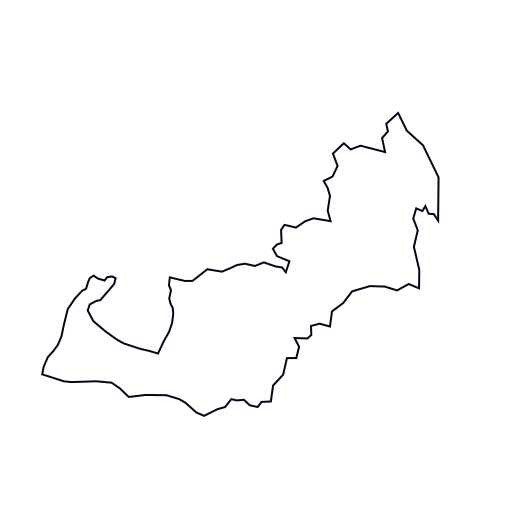 Kegeyli, Karakalpakstan, Uzbekistan (Robinson projection), rotated 289°
{"feature_id": "79887680B60420038747049", "entity_name": "Kegeyli", "entity_type": "district", "adm_level": 2, "iso_a3": "UZB", "parent_name": "Uzbekistan", "parent_adm1": "Karakalpakstan", "projection": "robinson", "projection_center": [59.462, 42.861], "detail": "fine", "context": "isolated", "style": "outline", "palette": "ink", "viewbox_px": 512, "rotation_deg": 289, "n_neighbors": 0, "source": "geoboundaries", "source_scale": "gbopen_adm2", "svg_char_len": 1761}
<svg xmlns="http://www.w3.org/2000/svg" viewBox="0 0 512 512"><g transform="rotate(289 256 256)"><path d="M377.9,295.4L367.7,303.8L356.1,302.5L349.0,295.6L343.6,301.6L336.9,306.4L322.3,309.0L313.2,315.2L310.4,298.2L305.0,291.3L295.9,284.5L294.7,272.8L288.8,271.2L276.7,276.0L273.6,272.0L268.4,269.6L262.7,275.9L261.9,289.3L250.4,289.5L253.7,284.4L252.5,278.0L252.5,265.5L246.2,258.2L245.1,248.0L241.3,241.0L236.4,235.9L230.1,228.9L227.6,214.3L211.8,204.1L209.3,197.1L207.7,181.5L199.9,183.2L196.1,186.7L187.5,187.8L182.7,191.0L179.9,194.1L174.3,196.6L165.1,198.5L156.1,198.5L145.1,196.5L131.9,195.1L131.5,186.2L130.5,176.3L130.3,159.4L131.6,152.0L135.7,138.2L141.4,123.5L149.7,114.6L156.1,114.6L161.6,119.7L163.5,123.1L169.0,125.3L175.7,128.0L183.4,131.0L189.3,130.5L189.8,126.5L187.5,122.2L183.5,120.8L183.2,113.8L184.6,108.9L180.9,106.0L176.3,105.7L169.7,106.0L166.7,103.0L156.8,98.6L144.5,95.3L127.7,96.8L116.9,98.2L107.5,97.6L100.3,95.4L92.6,92.1L82.0,91.3L74.5,92.4L75.0,115.2L76.6,122.3L85.5,145.6L89.2,160.7L86.7,169.9L81.3,181.6L88.7,196.9L95.2,216.6L95.7,229.9L94.3,237.0L88.6,250.6L88.0,259.0L98.6,269.4L103.2,276.0L112.6,279.3L113.2,284.9L116.1,291.4L112.8,298.8L113.8,306.8L119.8,308.7L123.3,317.4L139.1,314.3L152.7,320.3L169.6,318.5L172.6,327.3L184.2,326.3L191.0,319.2L194.8,331.5L199.3,334.0L207.8,330.8L212.7,338.2L213.4,348.9L228.3,345.9L240.0,353.8L253.9,358.4L264.6,373.5L269.0,387.6L269.4,400.6L279.2,409.5L278.5,420.7L296.0,414.9L316.1,402.3L332.9,400.6L342.6,392.5L353.2,392.0L352.7,398.7L358.3,399.9L352.1,405.6L353.6,410.4L348.7,416.7L389.8,403.0L415.0,377.9L423.6,357.8L437.5,343.8L423.4,336.1L416.7,340.2L408.6,336.8L396.3,344.2L394.3,318.9L387.6,310.8L391.2,302.3L377.9,295.4Z" fill="none" stroke="#020617" stroke-width="2"/></g></svg>